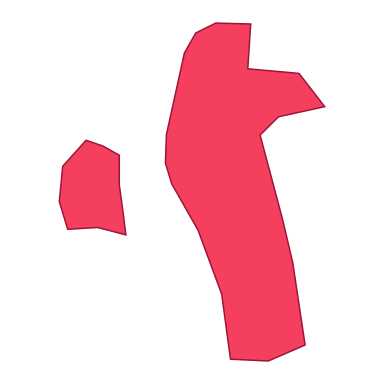 map outline of Ash Shamālīyah (Mercator projection)
{"feature_id": "BHR-4927", "entity_name": "Ash Shamālīyah", "entity_type": "Governorate", "adm_level": 1, "iso_a3": "BHR", "parent_name": "Bahrain", "parent_adm1": "", "projection": "mercator", "projection_center": [50.465, 26.145], "detail": "fine", "context": "isolated", "style": "filled", "palette": "rose", "viewbox_px": 384, "rotation_deg": 0, "n_neighbors": 0, "source": "natural_earth", "source_scale": "10m", "svg_char_len": 515}
<svg xmlns="http://www.w3.org/2000/svg" viewBox="0 0 384 384"><path d="M230.5,359.2L221.7,294.2L198.1,230.3L171.7,183.8L165.4,163.0L166.4,134.7L184.4,53.0L195.8,32.9L215.9,23.0L216.1,23.1L217.6,23.1L250.7,24.0L247.8,68.8L299.0,73.4L324.7,106.6L278.5,116.8L260.1,135.0L282.6,219.5L292.8,262.9L305.1,345.0L268.3,361.0L230.5,359.2ZM86.0,140.3L102.6,145.9L119.3,155.2L119.3,184.8L122.6,208.9L125.9,234.9L97.6,227.5L67.7,229.3L59.3,201.5L62.7,166.3L86.0,140.3Z" fill="#f43f5e" stroke="#9f1239" stroke-width="1.5"/></svg>